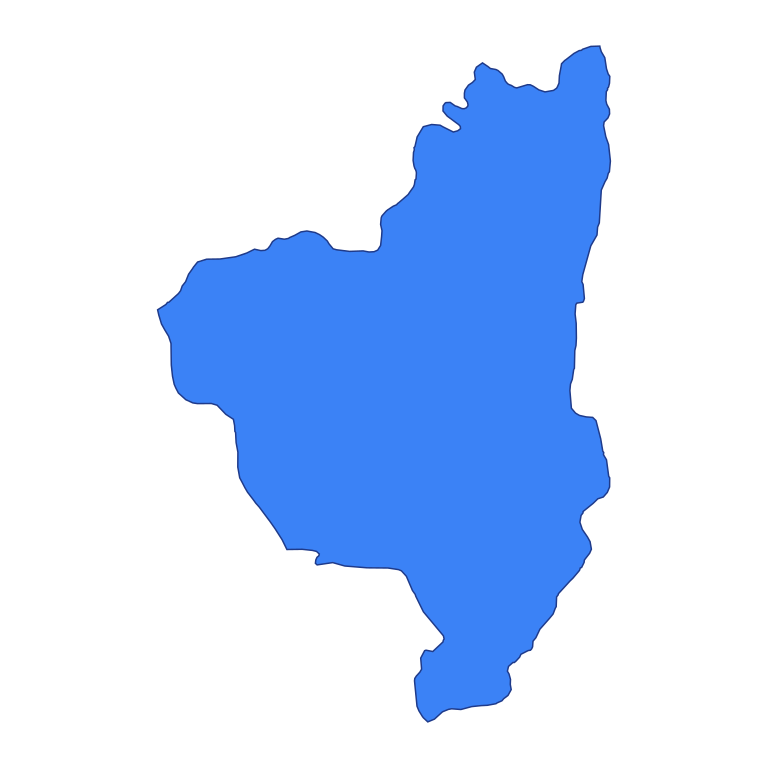 Jalapa, Jalapa, Guatemala
{"feature_id": "79465075B86525651589488", "entity_name": "Jalapa", "entity_type": "district", "adm_level": 2, "iso_a3": "GTM", "parent_name": "Guatemala", "parent_adm1": "Jalapa", "projection": "albers", "projection_center": [-90.024, 14.626], "detail": "fine", "context": "isolated", "style": "filled", "palette": "blue", "viewbox_px": 768, "rotation_deg": 0, "n_neighbors": 0, "source": "geoboundaries", "source_scale": "gbopen_adm2", "svg_char_len": 4135}
<svg xmlns="http://www.w3.org/2000/svg" viewBox="0 0 768 768"><path d="M474.3,72.1L475.3,79.5L472.4,82.5L468.5,85.1L465.0,90.0L464.4,93.2L464.4,97.9L467.4,102.0L468.0,104.7L467.8,106.1L466.2,107.9L464.2,108.7L461.9,108.6L457.0,106.4L455.3,106.0L450.2,102.4L445.9,102.6L444.9,103.3L443.1,105.9L443.0,111.0L447.2,116.1L458.8,124.7L460.3,126.4L460.5,128.7L457.7,130.8L453.3,132.0L442.9,126.8L440.1,125.2L431.7,124.5L423.3,126.7L417.1,137.0L416.4,140.3L414.9,146.7L414.0,147.6L414.3,149.9L413.5,152.4L413.1,160.4L414.0,165.9L414.8,168.4L415.6,169.8L416.1,171.2L416.4,172.8L416.3,174.7L416.0,179.0L415.1,179.8L414.4,184.5L413.5,186.9L409.5,192.5L408.2,194.5L398.5,202.9L397.5,203.6L396.7,204.7L393.2,206.2L387.9,209.7L386.2,211.1L382.2,215.6L381.7,216.4L381.2,217.9L380.6,224.4L382.0,230.7L381.6,236.5L380.6,245.5L377.7,250.1L374.1,251.7L369.0,252.0L363.1,250.9L349.6,251.4L336.7,249.8L333.1,248.8L328.9,243.7L327.3,241.0L323.3,237.2L319.5,234.6L315.1,232.5L306.9,231.0L300.9,231.9L294.8,235.3L289.5,237.6L288.5,238.4L284.4,239.2L278.0,238.2L275.4,239.4L272.5,241.6L270.0,245.9L267.7,248.8L265.0,250.3L260.8,250.6L254.5,249.2L246.8,253.0L235.6,256.8L220.0,259.0L206.6,259.2L197.6,262.0L193.5,267.1L192.5,268.7L188.6,274.2L185.6,281.7L182.2,286.0L180.6,290.7L178.5,293.5L168.8,302.3L167.5,302.4L165.9,304.5L161.2,307.5L157.6,309.8L158.8,315.1L161.5,324.0L164.9,330.1L168.6,336.2L170.6,342.2L171.0,343.5L171.3,365.0L172.5,376.2L174.2,384.3L175.8,388.0L178.4,393.0L185.8,399.7L192.8,402.9L197.4,403.6L211.3,403.5L217.1,405.2L225.8,414.3L233.4,419.3L234.6,425.7L234.9,431.4L235.6,432.5L236.1,442.5L237.9,452.2L237.8,467.1L239.7,477.8L242.0,482.1L244.9,487.7L247.6,492.3L252.9,499.2L255.8,503.2L259.2,507.0L268.8,519.9L269.4,520.6L275.2,528.9L282.1,539.7L286.9,549.5L302.2,549.3L312.4,550.4L316.5,551.4L319.3,554.0L318.8,555.8L317.0,557.3L315.8,560.0L315.4,563.3L317.1,564.9L332.7,562.6L344.8,566.0L367.0,567.8L387.9,568.0L398.5,569.6L401.4,570.8L406.4,576.3L412.5,590.6L415.2,594.4L415.8,596.3L423.4,611.8L443.4,635.8L444.1,639.0L443.3,640.2L443.0,641.9L432.8,651.5L426.0,650.2L424.6,650.7L420.7,658.1L421.6,669.2L419.7,672.4L418.6,673.5L417.6,674.7L416.5,675.8L414.8,678.4L414.5,680.8L417.0,706.2L418.9,710.8L422.4,716.5L423.4,717.8L427.8,721.9L434.5,719.1L438.2,715.7L442.5,711.8L448.4,709.4L451.6,708.8L460.9,709.5L471.7,706.6L481.3,705.6L487.4,705.3L496.0,703.7L497.1,702.9L501.9,700.8L503.7,698.7L508.0,695.4L511.2,689.6L510.3,684.5L510.4,681.8L510.5,679.4L509.0,673.9L507.4,671.2L508.5,666.4L512.9,662.5L514.3,662.5L515.8,661.3L519.6,657.2L520.9,654.3L528.1,650.6L530.5,650.2L531.7,648.8L532.6,646.8L533.0,641.2L535.9,637.7L539.9,629.2L549.2,618.7L553.1,614.0L555.3,608.2L556.2,606.7L556.6,596.9L558.2,594.8L558.4,593.7L569.8,581.2L573.0,578.1L579.5,570.4L580.3,567.9L581.6,567.5L584.1,562.4L584.4,560.0L589.6,553.3L591.4,549.2L590.1,541.7L587.5,537.0L582.3,529.4L579.9,522.2L581.1,515.4L583.0,512.9L583.1,511.5L593.2,503.3L597.8,498.8L603.3,497.0L607.3,492.4L609.6,487.0L609.7,477.8L608.7,476.3L606.5,459.8L603.5,454.8L603.7,452.4L602.8,451.3L600.7,438.8L596.0,420.6L592.7,417.4L586.2,416.9L579.4,415.4L575.5,413.1L571.4,408.2L569.9,390.5L570.5,384.0L572.3,379.3L573.7,369.5L574.4,368.4L574.8,350.6L576.0,345.5L576.4,338.1L576.2,323.5L575.1,313.9L575.8,304.6L576.9,303.1L582.8,302.2L583.6,301.0L584.4,298.5L583.1,284.5L581.8,281.6L582.8,274.6L590.8,245.8L597.0,235.0L597.6,227.1L599.3,222.9L601.3,190.1L605.0,181.7L607.1,178.2L608.3,173.3L609.4,171.8L610.4,161.1L608.6,144.6L605.8,136.7L603.6,125.7L604.1,122.0L607.9,118.0L609.6,113.9L609.4,109.2L606.7,104.1L605.9,100.5L606.3,91.6L607.6,89.7L607.5,88.3L608.5,87.1L609.5,83.2L609.8,76.3L608.2,74.0L606.5,68.8L604.8,57.7L601.3,51.7L600.1,47.8L599.8,46.1L590.8,46.4L582.5,49.3L581.5,50.3L579.2,50.6L574.0,53.4L565.9,59.7L564.7,60.5L561.5,63.8L561.2,66.0L559.4,75.6L559.0,83.1L557.5,86.6L556.6,88.2L553.5,90.4L545.0,91.9L538.9,89.9L533.4,86.3L530.3,84.8L527.5,84.7L516.8,87.9L514.6,87.4L511.3,85.4L509.1,84.6L507.6,83.7L505.4,81.1L503.6,76.6L502.2,74.1L498.0,70.5L495.9,69.5L490.4,68.5L487.9,66.5L482.5,62.9L476.4,67.2L474.3,72.1Z" fill="#3b82f6" stroke="#1e3a8a" stroke-width="1.5"/></svg>